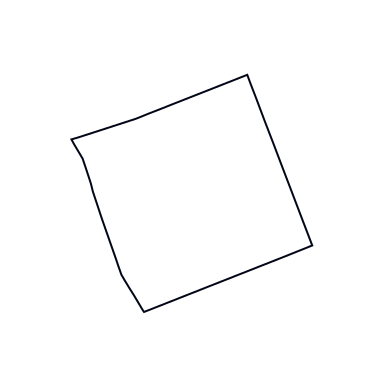 outline of Nova União, Rondônia, Brazil, rotated 111°
{"feature_id": "56859067B83973416791305", "entity_name": "Nova União", "entity_type": "district", "adm_level": 2, "iso_a3": "BRA", "parent_name": "Brazil", "parent_adm1": "Rondônia", "projection": "albers", "projection_center": [-62.528, -10.891], "detail": "fine", "context": "isolated", "style": "outline", "palette": "ink", "viewbox_px": 384, "rotation_deg": 111, "n_neighbors": 0, "source": "geoboundaries", "source_scale": "gbopen_adm2", "svg_char_len": 578}
<svg xmlns="http://www.w3.org/2000/svg" viewBox="0 0 384 384"><g transform="rotate(111 192 192)"><path d="M62.8,182.4L117.1,241.7L125.4,250.7L134.4,260.6L140.3,266.9L143.8,270.7L182.0,318.0L186.1,323.4L189.6,319.3L200.0,306.1L208.1,299.4L215.7,293.2L220.4,289.4L227.0,284.8L237.6,276.1L249.2,266.6L282.0,238.8L287.7,234.1L294.6,228.2L299.3,222.3L302.6,218.0L304.1,216.1L309.0,209.5L319.8,195.8L321.2,193.8L216.3,79.4L198.8,60.6L178.0,79.3L157.9,97.3L136.5,116.5L117.9,133.1L100.2,149.1L81.6,165.6L70.0,176.1L62.8,182.4Z" fill="none" stroke="#020617" stroke-width="2"/></g></svg>